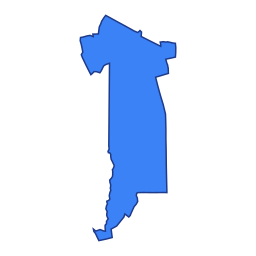 Nakuru Town East, Rift Valley, Kenya (Albers equal-area conic projection)
{"feature_id": "3690345B82942155746957", "entity_name": "Nakuru Town East", "entity_type": "district", "adm_level": 2, "iso_a3": "KEN", "parent_name": "Kenya", "parent_adm1": "Rift Valley", "projection": "albers", "projection_center": [36.106, -0.379], "detail": "fine", "context": "isolated", "style": "filled", "palette": "blue", "viewbox_px": 256, "rotation_deg": 0, "n_neighbors": 0, "source": "geoboundaries", "source_scale": "gbopen_adm2", "svg_char_len": 2173}
<svg xmlns="http://www.w3.org/2000/svg" viewBox="0 0 256 256"><path d="M105.7,15.4L104.0,17.6L101.7,21.2L100.7,24.0L99.3,26.9L98.8,30.6L98.4,33.9L95.7,34.1L92.9,34.1L93.2,36.6L90.1,35.4L87.1,35.9L82.9,37.1L80.5,37.5L80.2,40.7L81.2,44.2L81.9,47.3L82.8,52.2L81.3,54.7L82.4,57.6L86.2,65.5L88.8,70.7L90.9,74.7L91.8,73.9L92.5,73.3L94.1,71.6L96.3,71.7L97.0,71.8L97.9,72.1L99.9,72.8L101.2,70.9L101.7,69.9L102.1,69.1L103.3,66.6L103.8,65.8L104.5,65.3L106.4,64.3L109.5,63.3L108.8,146.3L109.0,147.4L109.1,149.2L108.0,151.3L108.4,152.7L109.6,152.7L110.7,154.3L110.8,157.0L111.2,159.4L112.4,161.6L112.8,162.4L113.1,163.2L114.1,165.2L114.0,166.6L113.1,168.8L112.4,169.6L112.7,171.3L112.7,173.0L112.7,174.3L112.5,176.5L111.4,178.2L109.7,180.1L110.0,182.5L110.6,184.4L110.7,186.2L110.3,188.0L110.8,190.5L110.3,191.5L109.9,192.6L109.5,194.5L109.3,195.2L109.3,196.0L109.7,198.4L109.7,199.5L108.3,200.6L106.8,201.2L106.9,202.2L107.4,203.5L107.0,204.9L106.5,205.8L105.9,208.7L106.2,209.6L107.2,211.6L106.8,213.6L106.7,215.0L107.2,216.9L108.2,218.7L107.6,219.6L106.5,221.3L106.5,223.7L105.2,225.1L105.1,225.8L105.1,226.7L105.2,229.0L105.3,230.1L105.4,231.2L103.4,230.9L101.0,229.9L100.0,229.6L98.3,230.2L96.9,230.7L95.7,231.0L93.4,229.1L93.9,231.5L95.5,233.5L97.7,238.2L98.9,240.6L106.0,239.1L112.2,237.5L111.6,232.8L111.1,229.1L116.7,226.0L123.9,217.0L124.9,214.0L128.8,217.0L130.2,215.5L131.1,213.2L131.5,212.3L131.9,211.5L132.7,209.7L133.6,207.8L134.0,206.9L134.4,206.3L135.6,204.9L136.1,204.3L136.7,203.3L137.7,201.4L137.5,200.0L137.3,197.9L136.3,195.8L136.7,193.2L138.0,192.6L143.1,192.5L152.9,192.6L163.9,192.5L166.9,192.6L166.7,184.4L166.5,175.5L166.3,166.2L166.2,157.2L166.1,148.4L165.9,139.1L165.9,129.5L165.7,120.2L165.5,114.1L163.2,104.6L160.3,95.1L157.8,86.0L155.6,77.2L168.4,73.4L168.2,68.0L167.7,66.0L167.7,65.2L166.8,63.1L165.8,59.2L175.4,57.1L175.7,53.0L175.8,47.7L175.4,43.3L172.9,43.0L167.7,41.8L166.0,42.1L163.2,41.7L160.2,42.1L160.7,44.4L160.7,46.3L156.5,44.2L149.3,40.6L141.2,36.5L141.5,32.0L140.0,30.5L139.1,31.4L137.7,32.5L134.0,30.9L127.5,27.3L121.7,24.1L118.1,22.2L114.7,20.3L111.6,18.6L108.9,17.1L105.7,15.4Z" fill="#3b82f6" stroke="#1e3a8a" stroke-width="1.5"/></svg>